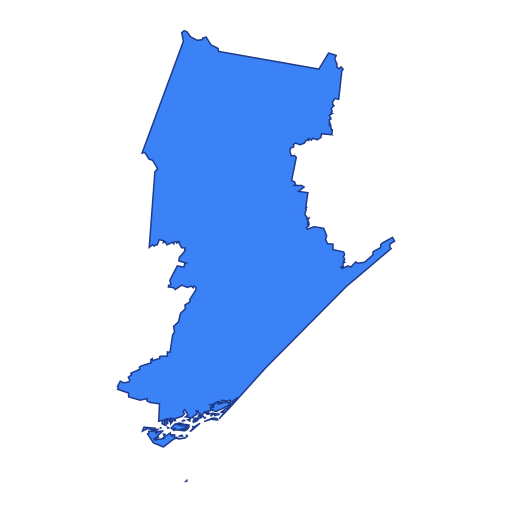 outline of Wellington, Victoria, Australia
{"feature_id": "25037944B69891051906105", "entity_name": "Wellington", "entity_type": "district", "adm_level": 2, "iso_a3": "AUS", "parent_name": "Australia", "parent_adm1": "Victoria", "projection": "mercator", "projection_center": [146.771, -38.038], "detail": "fine", "context": "isolated", "style": "filled", "palette": "blue", "viewbox_px": 512, "rotation_deg": 0, "n_neighbors": 0, "source": "geoboundaries", "source_scale": "gbopen_adm2", "svg_char_len": 6141}
<svg xmlns="http://www.w3.org/2000/svg" viewBox="0 0 512 512"><path d="M184.2,30.7L181.7,32.7L183.4,41.3L141.8,153.8L143.4,152.3L145.1,153.0L149.1,159.2L152.6,160.3L157.6,168.7L154.9,171.9L149.2,247.4L152.7,244.7L153.9,246.0L157.3,244.7L159.2,239.7L163.7,240.7L163.3,242.6L165.1,241.7L167.0,244.8L172.3,242.4L173.8,243.8L173.8,242.3L175.5,241.7L176.7,242.2L176.4,243.7L177.6,241.7L179.4,241.7L178.8,242.6L181.6,247.7L185.0,248.0L184.5,251.5L179.3,257.5L178.9,261.0L186.3,263.1L184.6,264.0L184.1,267.1L177.3,265.9L169.8,280.3L171.0,284.7L168.6,285.3L168.4,287.0L173.4,287.6L175.2,289.5L181.7,285.2L187.4,287.4L191.2,286.1L193.2,287.8L194.1,286.0L196.1,287.5L195.8,290.0L189.8,299.4L190.0,301.8L184.9,305.0L185.3,308.8L180.5,313.3L178.4,321.9L173.6,326.3L174.5,332.3L172.7,334.7L170.0,352.3L167.4,351.9L167.3,356.1L160.8,356.2L159.6,356.8L159.8,358.4L152.8,360.5L152.3,358.6L150.7,359.8L151.1,362.8L140.9,366.1L139.5,367.0L139.5,369.4L130.9,373.2L131.7,374.8L128.3,377.2L129.9,380.6L129.0,381.8L123.9,382.9L120.3,381.1L117.4,386.6L118.5,388.1L117.7,389.4L128.5,393.0L128.7,396.9L140.2,400.2L147.2,398.6L146.9,400.8L150.1,402.5L159.5,403.8L158.7,421.3L162.5,420.4L162.1,423.7L164.5,425.0L164.8,421.4L166.7,423.6L167.6,421.9L166.9,419.9L165.2,420.7L163.6,420.2L166.7,418.6L168.6,419.9L168.6,418.5L169.5,422.1L169.6,419.7L170.2,418.9L170.7,423.7L171.6,422.4L170.6,422.0L172.9,420.3L171.0,418.3L174.2,418.9L182.2,416.3L184.5,413.7L183.1,411.7L184.5,409.7L188.0,414.8L185.4,416.9L193.3,417.9L193.0,416.5L197.0,414.3L196.3,410.9L198.1,411.1L197.9,412.4L202.0,415.3L204.2,412.2L205.1,411.7L206.9,412.6L208.8,412.6L206.8,411.5L210.6,410.6L210.7,407.1L212.4,405.3L211.5,405.4L210.4,404.7L212.6,404.7L213.3,406.1L213.0,404.0L218.4,401.4L221.6,403.1L222.0,400.2L227.6,401.2L229.6,400.1L230.5,400.6L229.9,401.8L230.4,402.6L230.6,401.4L232.8,402.0L233.3,400.5L238.0,397.5L233.4,400.9L233.0,403.2L230.5,404.0L229.8,407.6L265.9,367.6L346.2,286.6L391.1,248.6L389.7,247.0L390.0,244.1L394.6,241.2L392.5,237.4L382.5,242.9L380.8,244.5L380.6,247.6L373.1,251.7L372.8,255.0L364.5,262.3L357.5,263.2L355.8,261.9L350.9,267.0L348.2,265.9L342.0,268.4L340.8,267.2L343.2,266.6L342.9,263.2L344.8,262.2L343.4,261.2L344.7,259.4L343.4,256.6L344.6,254.7L343.7,252.0L333.0,249.6L333.0,244.1L327.6,243.8L325.6,239.4L326.7,235.9L323.7,228.3L314.1,226.7L307.4,229.2L306.2,228.0L308.8,225.8L307.7,224.6L309.1,224.3L308.8,223.1L307.1,223.5L308.8,222.1L307.6,220.9L309.0,218.1L306.6,218.8L306.9,217.2L304.7,214.3L306.3,209.5L305.4,208.1L306.7,207.2L305.9,206.0L307.9,192.7L298.5,191.4L304.1,187.1L301.6,185.5L294.3,185.4L295.5,184.4L294.6,181.9L291.6,180.6L296.3,157.4L294.5,155.5L291.2,155.9L289.9,150.8L290.7,148.0L293.7,147.0L293.5,144.5L295.6,143.1L300.0,144.7L304.1,143.3L306.7,139.9L308.7,140.4L308.6,138.5L311.5,140.1L312.6,138.3L317.3,139.8L320.9,137.5L321.5,133.8L331.6,134.7L330.9,134.1L331.9,133.8L332.3,129.8L331.4,129.9L330.6,125.0L329.8,125.8L329.1,123.9L330.0,123.4L329.1,120.0L331.1,118.8L329.2,115.3L332.4,113.4L331.1,112.8L332.2,111.1L331.1,109.1L333.5,105.7L334.6,106.0L332.7,104.7L332.5,102.3L334.7,98.5L338.7,99.3L341.8,71.1L343.1,69.2L341.1,66.9L339.1,68.7L336.8,67.0L337.0,64.0L334.7,59.1L336.2,55.4L328.6,53.0L318.9,69.1L218.5,51.4L218.0,48.4L211.0,44.9L206.2,37.1L202.7,38.0L202.4,39.7L197.2,40.3L190.7,36.9L186.8,31.7L184.2,30.7ZM170.2,432.9L162.7,438.2L163.5,438.6L154.6,440.0L154.1,438.9L159.1,437.3L156.1,437.4L162.6,431.1L159.2,431.2L156.1,433.5L155.6,432.5L157.5,431.8L155.1,430.8L156.3,428.8L153.5,431.4L148.8,431.2L148.9,433.0L147.5,433.9L153.4,442.9L163.4,447.0L173.6,439.1L176.3,438.2L179.2,439.0L185.1,438.0L187.4,436.1L187.1,435.4L186.5,435.3L186.8,436.5L184.8,437.9L178.5,438.8L177.1,438.1L178.3,437.6L174.4,437.2L174.7,435.2L171.0,436.1L172.5,434.8L170.8,434.9L170.2,432.9ZM216.3,411.3L228.7,405.6L229.1,402.8L223.5,402.1L221.9,403.3L218.9,402.9L219.6,403.8L218.3,404.2L218.2,402.0L217.1,402.3L214.0,404.1L213.6,407.2L211.6,407.2L212.3,410.4L217.3,411.7L216.3,411.3ZM181.3,423.7L176.9,424.4L177.7,423.5L175.0,424.0L171.2,428.0L174.6,430.9L173.2,429.2L174.3,428.3L175.4,428.6L174.5,429.7L179.3,430.3L180.1,429.5L185.9,427.9L188.4,427.9L189.3,426.2L186.4,426.2L188.4,424.9L186.7,424.5L183.7,425.6L184.6,424.4L182.1,424.0L181.3,425.7L179.4,425.3L181.3,423.7ZM154.8,428.2L143.9,427.2L142.4,431.1L148.2,428.4L153.1,430.4L154.8,428.2ZM224.7,412.0L219.0,418.9L228.9,408.5L225.9,408.6L220.4,412.6L224.7,412.0ZM217.7,418.7L213.0,418.0L204.1,421.5L211.1,419.2L218.5,420.1L214.6,419.0L217.7,418.7ZM196.7,420.0L201.5,417.3L199.2,415.8L199.2,414.3L197.8,418.2L195.7,418.2L196.7,420.0ZM193.1,420.9L193.4,422.4L196.8,420.9L195.4,420.5L196.3,420.2L195.3,418.2L193.1,420.9ZM179.9,430.2L184.4,430.9L187.4,429.3L187.7,428.7L179.9,430.2ZM216.4,413.8L212.2,413.2L210.6,416.3L212.9,414.3L216.4,413.8ZM187.6,419.7L190.5,421.5L189.1,420.1L190.9,418.5L187.6,419.7ZM200.1,423.2L193.9,427.1L190.9,431.0L189.7,430.9L190.9,431.1L200.1,423.2ZM204.8,412.7L207.5,414.4L208.1,414.2L208.3,414.0L204.8,412.7ZM178.7,436.2L179.6,436.2L182.5,436.0L182.0,435.2L178.7,436.2ZM179.9,423.0L178.4,422.8L180.8,423.4L179.9,423.0ZM163.5,434.1L163.9,435.5L164.9,434.4L163.5,434.1ZM186.8,480.4L186.0,481.3L186.9,481.1L186.8,480.4ZM175.5,420.7L175.3,419.9L173.8,420.5L175.5,420.7ZM202.9,416.0L201.2,416.3L203.2,416.3L202.9,416.0ZM199.8,414.8L201.1,415.8L199.4,414.5L199.8,414.8ZM208.0,413.5L209.3,414.1L210.0,413.5L208.6,413.1L208.0,413.5ZM165.0,424.7L165.6,425.3L166.6,425.4L165.0,424.7ZM156.3,429.5L156.8,430.2L157.8,429.4L156.3,429.5ZM206.0,417.3L204.3,417.9L204.6,418.2L206.0,417.3ZM214.0,415.6L215.2,415.6L217.3,414.5L217.6,414.0L214.0,415.6ZM193.7,426.5L192.1,426.6L192.4,426.7L193.7,426.5ZM167.5,427.4L167.7,428.1L168.7,427.9L167.5,427.4ZM168.4,423.7L167.2,423.3L166.8,423.4L168.4,423.7ZM172.0,422.1L172.9,421.1L171.7,421.7L172.0,422.1ZM228.8,406.1L227.6,407.0L228.0,407.2L228.4,407.1L228.7,406.8L228.8,406.1ZM160.1,427.3L160.7,428.1L161.6,428.2L160.9,428.0L160.1,427.3ZM184.1,419.9L182.5,420.9L182.9,421.0L184.1,419.9ZM184.4,420.4L184.4,420.7L185.4,420.5L184.4,420.4ZM217.4,415.2L218.2,414.9L219.0,414.3L218.8,414.2L217.4,415.2Z" fill="#3b82f6" stroke="#1e3a8a" stroke-width="1.5"/></svg>